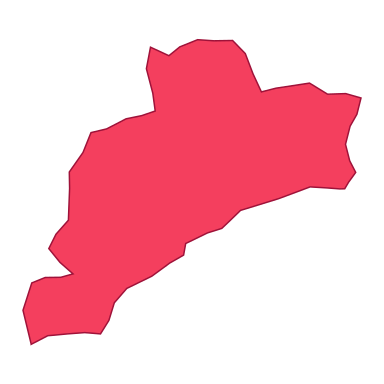 outline of Lac Wey, Logone Occidental, Chad
{"feature_id": "50815135B84328468709684", "entity_name": "Lac Wey", "entity_type": "district", "adm_level": 2, "iso_a3": "TCD", "parent_name": "Chad", "parent_adm1": "Logone Occidental", "projection": "orthographic", "projection_center": [15.996, 8.649], "detail": "fine", "context": "isolated", "style": "filled", "palette": "rose", "viewbox_px": 384, "rotation_deg": 0, "n_neighbors": 0, "source": "geoboundaries", "source_scale": "gbopen_adm2", "svg_char_len": 1017}
<svg xmlns="http://www.w3.org/2000/svg" viewBox="0 0 384 384"><path d="M232.6,40.5L213.9,40.8L197.6,39.7L179.9,46.8L168.9,55.7L150.5,47.2L146.4,68.7L152.8,93.2L155.2,111.0L141.8,115.6L126.1,118.8L106.6,128.9L91.0,132.6L83.0,152.5L69.3,172.0L69.6,188.5L68.4,220.2L56.0,234.2L48.8,248.6L60.0,262.4L73.0,273.9L60.8,277.3L45.2,277.5L31.8,282.9L23.0,310.3L31.2,344.2L31.2,344.3L47.8,335.7L54.8,335.1L67.4,333.9L84.8,332.6L86.9,332.8L87.3,332.8L89.8,333.0L100.4,333.9L100.5,333.9L108.9,320.4L114.3,302.8L126.8,288.4L151.8,276.2L167.1,265.0L169.6,263.1L171.4,262.1L183.6,255.1L185.1,246.8L185.7,243.5L207.5,232.9L214.9,230.6L221.8,228.4L223.8,226.5L230.3,220.3L239.5,211.4L240.5,210.4L278.5,198.7L310.1,186.9L326.8,187.9L339.8,188.9L344.2,188.8L344.7,188.8L348.3,182.7L348.7,182.0L349.4,181.1L352.9,176.3L355.7,172.4L349.7,160.8L345.5,144.3L350.1,126.2L356.9,114.3L361.0,98.0L345.7,93.6L327.6,94.2L309.5,83.1L275.9,88.2L261.4,91.9L253.0,73.8L245.3,53.6L232.6,40.5Z" fill="#f43f5e" stroke="#9f1239" stroke-width="1.5"/></svg>